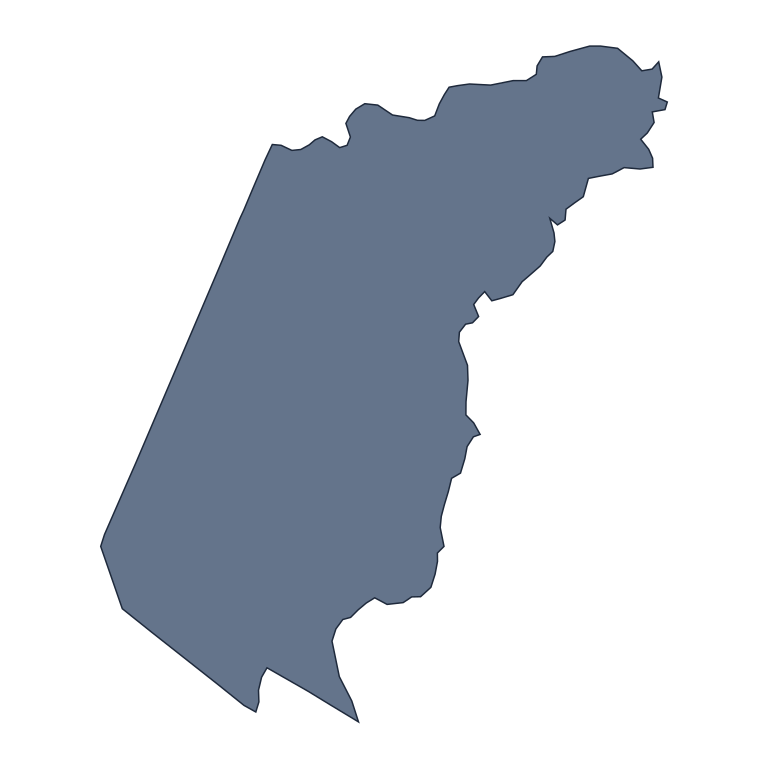 Riacho das Almas, Pernambuco, Brazil
{"feature_id": "56859067B22137901706557", "entity_name": "Riacho das Almas", "entity_type": "district", "adm_level": 2, "iso_a3": "BRA", "parent_name": "Brazil", "parent_adm1": "Pernambuco", "projection": "natural_earth1", "projection_center": [-35.848, -8.088], "detail": "fine", "context": "isolated", "style": "filled", "palette": "slate", "viewbox_px": 768, "rotation_deg": 0, "n_neighbors": 0, "source": "geoboundaries", "source_scale": "gbopen_adm2", "svg_char_len": 1779}
<svg xmlns="http://www.w3.org/2000/svg" viewBox="0 0 768 768"><path d="M464.8,458.8L467.1,446.6L473.4,436.8L480.1,434.4L473.7,422.9L465.9,414.9L466.0,401.8L468.0,380.4L467.5,365.3L458.7,341.6L459.4,332.2L465.6,324.2L472.5,322.8L478.6,316.5L473.7,304.5L478.6,297.9L484.7,291.6L491.8,300.8L499.9,298.6L512.9,294.7L522.1,281.7L529.0,275.8L540.2,266.0L546.8,257.1L552.8,251.4L554.9,241.5L554.0,232.9L549.8,218.3L557.5,224.9L565.1,220.0L566.0,209.2L574.1,203.2L583.3,196.7L588.4,178.4L599.0,176.3L612.2,173.9L624.1,167.6L640.0,169.0L653.0,167.3L652.6,158.2L648.7,149.3L640.7,139.2L647.3,133.0L654.1,122.5L652.3,111.9L665.0,109.6L667.3,102.0L658.4,98.0L661.9,77.1L658.7,61.8L652.1,69.1L641.8,70.8L632.9,60.9L617.6,48.3L600.7,46.1L589.6,46.1L569.9,51.5L554.8,56.4L542.5,56.9L537.1,65.9L536.3,74.3L526.4,80.6L513.2,80.6L490.6,85.1L469.5,84.0L457.8,85.6L449.1,87.2L444.4,94.5L439.3,103.9L434.7,115.9L424.8,120.4L417.4,120.3L409.3,117.7L392.5,115.0L377.8,105.1L364.8,103.7L355.8,109.1L349.6,116.4L345.9,123.4L350.4,137.0L347.1,145.3L339.7,147.6L331.6,141.7L322.3,136.8L315.0,139.9L309.3,144.8L300.8,149.5L291.9,150.4L281.1,145.3L272.3,144.5L265.1,159.8L251.1,192.7L243.8,210.1L240.0,218.3L222.3,260.3L218.4,269.5L201.9,308.2L164.9,394.9L136.1,462.3L126.5,484.2L104.5,534.5L100.7,546.4L122.3,608.7L151.9,632.4L216.2,683.1L244.0,705.4L255.8,712.0L258.9,701.9L258.5,690.2L261.6,677.2L267.0,667.8L307.8,691.1L331.2,705.4L358.5,721.9L351.8,701.0L339.3,676.6L332.0,641.1L335.9,628.9L342.8,619.5L350.6,617.4L358.2,609.8L366.3,603.0L374.7,597.8L387.1,604.4L403.2,602.6L411.7,596.9L420.6,596.7L430.9,587.3L435.1,574.1L437.5,561.4L437.4,553.0L444.0,546.4L440.2,527.6L441.3,516.3L444.4,504.6L448.3,491.7L451.6,478.3L460.5,473.1L464.8,458.8Z" fill="#64748b" stroke="#1e293b" stroke-width="1.5"/></svg>